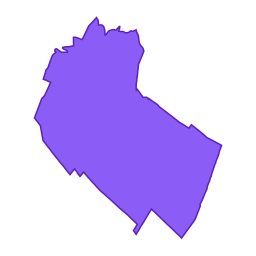 Tan Hiep, Kiên Giang, Vietnam (Natural Earth projection), rotated 179°
{"feature_id": "81297802B5868916674827", "entity_name": "Tan Hiep", "entity_type": "district", "adm_level": 2, "iso_a3": "VNM", "parent_name": "Vietnam", "parent_adm1": "Kiên Giang", "projection": "natural_earth1", "projection_center": [105.238, 10.087], "detail": "fine", "context": "isolated", "style": "filled", "palette": "violet", "viewbox_px": 256, "rotation_deg": 179, "n_neighbors": 0, "source": "geoboundaries", "source_scale": "gbopen_adm2", "svg_char_len": 4654}
<svg xmlns="http://www.w3.org/2000/svg" viewBox="0 0 256 256"><g transform="rotate(179 128 128)"><path d="M118.3,226.0L118.6,225.7L118.9,225.5L119.3,225.4L120.2,225.3L120.6,225.0L121.0,224.7L121.4,224.6L121.8,224.6L122.9,225.0L123.5,225.0L123.9,224.9L124.4,224.6L124.8,224.3L125.1,223.9L125.5,223.7L126.1,223.5L126.7,223.4L127.4,223.4L127.8,223.2L128.2,223.1L128.6,223.1L129.1,223.3L129.9,223.8L130.7,224.3L131.5,224.6L132.4,224.6L133.4,224.6L134.3,224.7L135.1,224.9L135.6,224.9L135.3,225.9L134.9,226.9L134.7,227.6L134.5,228.5L134.4,229.2L134.4,229.5L134.5,229.7L134.9,229.6L135.1,229.5L136.6,227.9L137.2,227.3L137.7,226.7L138.0,226.3L138.3,226.1L138.5,226.1L139.0,226.1L139.8,226.5L140.3,226.7L140.7,226.7L141.6,226.6L142.2,226.4L142.9,226.3L143.9,226.1L145.9,225.1L147.5,222.9L148.2,222.0L149.0,221.4L149.3,221.4L149.4,221.6L149.4,223.3L149.4,224.8L149.6,226.1L149.9,227.9L150.5,229.6L151.1,230.4L151.9,231.1L152.9,231.6L153.8,231.6L154.5,231.4L155.1,231.4L155.5,231.4L155.6,231.8L155.7,232.2L155.7,233.2L155.8,234.5L156.0,235.7L156.3,236.7L157.6,239.0L160.8,235.5L163.8,232.4L165.5,230.7L167.1,227.5L169.7,222.2L171.5,218.7L172.3,217.2L173.5,217.6L174.2,217.8L174.9,218.2L175.5,218.5L176.0,218.6L176.4,218.7L177.0,219.0L177.4,219.2L177.8,219.4L179.1,219.6L180.4,219.6L181.0,219.6L181.0,218.0L181.0,211.1L182.0,211.0L183.4,210.7L184.6,210.5L185.9,210.3L187.4,210.3L189.0,210.2L190.8,210.0L191.5,209.9L191.9,209.7L192.0,209.5L192.1,209.1L191.8,208.7L191.2,208.2L190.2,207.6L188.4,206.9L187.6,206.3L187.2,205.7L187.1,205.2L187.4,204.7L188.9,204.9L190.8,204.8L192.7,204.9L193.0,205.0L193.3,205.0L194.3,205.7L195.6,206.6L197.0,207.6L197.9,208.3L198.4,208.5L198.8,208.4L199.2,208.0L199.7,207.4L199.8,206.9L199.8,206.3L199.7,205.9L199.1,205.5L198.8,205.2L198.8,204.9L198.9,204.7L199.7,204.2L201.0,203.2L201.8,202.5L202.4,201.7L203.9,198.0L206.3,191.6L207.3,189.1L207.6,188.8L208.3,188.3L208.8,187.7L209.2,186.6L209.6,185.1L210.1,183.4L211.0,180.7L211.9,178.4L208.6,176.9L204.5,175.0L210.4,162.7L211.5,161.1L212.4,160.2L212.6,160.0L213.2,159.5L213.8,158.7L221.2,140.0L221.3,139.6L217.9,135.1L216.6,133.3L216.1,132.6L215.6,131.8L215.4,130.9L215.1,128.8L214.6,125.6L214.4,124.6L213.8,120.9L213.1,116.8L212.8,116.5L212.3,115.9L210.0,112.8L206.4,108.0L203.9,104.5L203.0,103.4L201.1,100.8L198.0,96.9L196.2,94.5L193.3,91.0L191.7,88.8L187.7,83.5L186.8,82.4L182.1,88.0L181.1,86.6L179.2,84.1L179.4,83.8L176.8,80.4L173.1,84.7L170.2,81.1L167.0,77.3L164.0,73.9L160.5,69.9L157.2,66.2L156.1,65.1L154.7,63.9L152.6,62.1L152.2,62.0L152.1,61.8L152.1,61.6L148.5,58.2L147.4,57.3L137.2,47.5L133.0,43.8L130.1,41.3L125.0,36.1L120.4,31.6L123.9,25.9L124.3,25.2L124.1,24.9L123.3,24.0L122.9,23.3L122.6,22.8L122.5,22.7L122.0,21.9L121.7,21.5L120.9,22.8L119.2,25.4L117.7,28.1L116.0,30.8L114.2,33.4L113.3,34.8L112.7,35.9L111.1,38.4L109.6,40.9L108.0,43.4L107.6,44.1L106.9,45.1L105.9,46.6L105.5,46.1L105.0,45.5L103.0,43.6L100.5,41.1L98.0,38.6L95.6,36.2L93.1,33.7L90.6,31.2L88.1,28.8L85.6,26.4L84.9,25.6L82.9,23.7L80.6,21.3L78.2,19.0L77.4,18.2L76.4,17.0L75.0,18.8L70.2,25.2L63.1,34.5L62.2,36.4L61.4,38.0L60.1,41.4L59.0,44.0L57.8,47.1L57.2,48.4L57.1,48.7L57.3,49.9L57.2,50.6L57.1,50.8L56.9,51.4L56.1,52.6L54.9,54.9L53.9,57.3L53.5,58.2L53.0,59.4L52.5,60.8L51.8,62.1L51.1,63.7L50.3,65.3L50.0,66.3L49.9,66.8L49.9,67.5L49.8,68.1L49.6,68.6L49.3,69.2L49.0,69.9L48.8,70.5L48.7,70.9L48.5,71.3L48.1,72.1L47.5,73.2L47.2,74.2L47.0,74.8L47.0,75.6L46.9,76.0L46.6,76.6L46.3,77.2L46.0,77.7L45.7,78.1L45.5,78.6L45.4,79.1L45.4,79.4L45.4,79.6L45.1,80.7L43.4,85.5L42.5,88.0L42.0,89.5L41.7,90.3L41.5,90.6L41.2,91.0L41.0,91.3L40.9,91.6L40.8,92.2L40.8,92.7L40.5,93.4L39.8,95.3L38.9,97.2L38.5,98.3L38.1,99.3L37.6,100.7L37.4,101.7L37.0,103.3L36.5,104.6L35.9,105.9L35.1,108.0L34.7,109.0L42.2,113.2L43.6,114.0L46.2,115.4L48.6,116.7L49.8,117.5L50.9,118.6L53.0,120.5L57.3,124.2L64.6,130.2L67.1,126.7L73.1,130.7L74.5,131.5L76.2,132.6L86.7,141.0L86.8,141.1L95.2,147.8L96.9,149.3L97.8,150.6L98.6,151.2L99.6,152.0L101.0,152.9L103.9,155.0L106.9,157.3L107.4,156.7L107.8,157.3L108.2,157.8L108.5,158.1L108.8,158.4L110.3,158.4L111.6,158.4L112.2,158.4L112.6,158.7L113.1,159.5L114.1,160.8L116.9,165.0L117.3,165.5L117.8,166.1L118.0,166.4L118.3,166.7L119.0,165.8L119.1,167.6L119.1,170.1L119.1,170.9L119.0,171.9L118.7,173.6L118.2,177.4L117.9,179.2L117.4,182.9L117.3,184.4L116.6,189.5L116.3,191.6L116.2,192.0L115.0,194.7L112.8,199.7L111.1,203.8L110.9,204.4L110.9,204.8L110.9,205.1L111.3,206.4L111.7,207.7L112.3,208.4L112.9,209.1L113.9,210.4L114.6,211.3L115.0,212.6L115.4,214.1L115.5,215.2L115.7,216.8L115.9,218.7L116.1,220.3L116.6,221.5L117.1,222.6L117.4,223.2L118.3,226.0Z" fill="#8b5cf6" stroke="#5b21b6" stroke-width="1.5"/></g></svg>